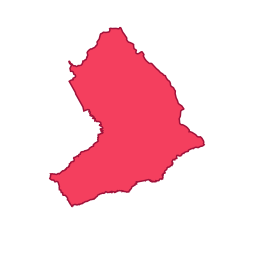 Barrancas, La Guajira, Colombia (Robinson projection), rotated 289°
{"feature_id": "7082276B63363201175642", "entity_name": "Barrancas", "entity_type": "district", "adm_level": 2, "iso_a3": "COL", "parent_name": "Colombia", "parent_adm1": "La Guajira", "projection": "robinson", "projection_center": [-72.754, 10.978], "detail": "fine", "context": "isolated", "style": "filled", "palette": "rose", "viewbox_px": 256, "rotation_deg": 289, "n_neighbors": 0, "source": "geoboundaries", "source_scale": "gbopen_adm2", "svg_char_len": 5760}
<svg xmlns="http://www.w3.org/2000/svg" viewBox="0 0 256 256"><g transform="rotate(289 128 128)"><path d="M154.7,58.6L153.0,57.2L144.4,66.8L143.1,67.5L133.3,78.5L129.7,80.7L131.1,82.3L132.4,84.0L132.5,85.5L132.1,85.8L131.1,85.6L130.6,85.8L130.9,86.5L130.7,87.2L129.2,87.2L128.7,88.4L127.9,88.0L127.5,88.1L127.4,89.9L128.1,90.2L128.0,90.9L127.3,91.3L127.4,92.1L127.0,92.4L126.4,91.7L125.7,91.5L125.6,91.9L126.2,93.5L126.2,93.9L125.8,94.2L124.8,94.0L124.0,94.3L124.6,94.8L123.9,96.0L124.6,98.3L124.4,100.3L123.7,100.6L122.5,101.5L121.8,100.2L121.3,100.2L120.7,103.1L120.0,104.0L119.6,104.2L118.6,103.8L118.6,102.6L118.0,102.2L117.6,103.2L116.7,103.2L115.9,104.0L116.9,104.5L117.1,105.0L116.2,104.9L115.4,105.8L114.4,105.2L113.8,104.0L112.9,103.5L112.8,103.0L112.4,103.0L112.2,102.0L111.1,102.2L109.6,103.1L109.0,102.6L108.0,103.3L107.0,103.2L106.4,103.8L105.7,104.0L103.8,102.6L103.5,102.1L101.8,101.1L100.7,100.7L99.8,101.3L99.6,101.2L98.4,99.7L96.4,98.2L95.3,98.0L94.6,97.6L93.2,96.0L92.4,94.6L91.5,94.0L90.3,91.8L89.8,91.4L88.8,91.2L87.7,91.4L87.1,90.4L86.8,90.2L85.0,90.3L85.2,89.2L83.1,87.6L82.5,86.5L81.8,86.4L80.4,87.6L78.7,87.5L78.4,87.1L78.3,86.4L76.8,85.0L75.8,85.2L75.0,84.3L73.9,84.8L72.9,84.9L72.7,84.4L71.7,84.5L70.5,83.1L69.9,83.1L69.4,82.7L68.9,82.9L68.6,82.3L67.6,82.1L67.4,81.6L66.6,81.2L66.2,80.1L62.2,77.9L62.3,76.8L60.9,75.7L60.5,74.1L60.6,73.5L60.3,73.0L60.1,71.6L59.4,69.8L59.0,70.3L57.9,70.2L56.4,70.6L54.7,70.5L54.0,72.6L54.5,74.9L53.3,76.4L53.4,76.7L54.1,77.6L54.4,78.3L54.0,79.6L50.5,82.1L49.7,82.2L47.3,83.2L47.4,84.6L45.3,85.9L45.6,86.8L45.4,87.4L44.2,87.8L43.3,88.5L43.9,90.7L42.8,92.7L42.0,93.8L40.4,94.1L40.2,95.0L39.8,95.6L39.0,96.1L38.7,96.8L38.0,97.3L37.7,98.0L36.9,98.6L36.4,99.7L35.6,100.4L35.6,100.6L36.3,100.6L36.5,101.2L37.1,101.0L38.3,102.4L38.4,103.2L38.7,103.5L38.6,104.8L39.9,106.4L39.7,106.7L40.0,106.8L40.1,107.2L41.2,108.4L41.3,108.9L41.8,109.5L42.6,109.8L42.6,110.1L43.8,111.0L44.9,112.2L45.1,113.0L48.1,115.9L48.5,117.0L49.0,117.5L49.1,118.1L49.7,118.6L49.8,119.1L50.4,119.1L51.3,120.0L52.2,120.2L53.4,121.1L54.8,121.4L55.4,121.8L55.9,122.7L56.6,123.0L57.5,124.5L58.0,124.9L58.4,126.5L59.2,127.2L60.2,127.5L60.6,127.8L60.3,129.7L60.6,130.0L60.9,131.2L61.6,131.7L61.6,132.3L61.8,132.0L62.6,132.9L62.3,134.0L62.8,134.0L62.8,134.5L63.0,134.8L63.1,135.7L62.8,136.1L63.3,136.6L63.0,136.8L63.9,137.7L64.4,137.9L64.5,138.3L65.3,138.4L65.2,139.0L66.1,140.4L66.3,141.7L66.7,142.4L66.7,142.8L66.1,143.1L66.9,143.7L66.6,144.6L67.1,146.7L67.0,147.8L67.6,148.7L67.8,149.5L68.6,149.5L69.5,150.1L70.2,149.9L71.7,150.8L73.9,150.9L75.0,152.1L75.9,152.6L76.3,153.2L77.5,153.1L77.8,154.3L78.6,153.9L79.1,154.1L79.4,153.4L79.8,153.4L80.5,155.2L83.9,161.1L83.8,161.7L84.5,161.9L86.0,164.4L86.0,164.9L85.5,165.3L85.8,165.8L85.6,165.8L85.4,166.5L85.2,166.4L85.1,166.6L85.3,166.8L85.0,167.5L85.3,167.7L85.2,168.0L85.4,168.0L85.0,168.5L85.7,169.2L85.5,169.7L85.8,170.1L85.8,170.7L86.2,171.5L86.8,171.3L87.2,171.5L86.9,172.0L87.4,172.1L87.5,172.7L88.3,174.3L90.1,174.8L90.8,176.2L90.6,176.6L90.9,176.7L90.8,176.9L91.2,177.3L92.0,176.9L92.4,177.2L93.5,176.5L94.0,176.7L94.8,176.4L94.6,175.8L95.0,175.7L95.5,176.0L95.5,176.4L96.1,176.2L96.7,176.3L97.4,177.6L97.8,177.6L98.5,176.8L99.8,176.9L101.1,178.0L102.4,178.1L102.9,177.9L103.6,178.2L104.1,178.7L104.2,179.2L105.1,180.2L106.0,180.4L106.1,180.7L107.0,181.2L107.0,181.6L107.8,181.4L107.9,181.9L108.6,182.0L109.0,181.9L109.4,181.2L110.0,181.4L110.4,180.5L111.4,180.6L113.0,181.0L113.1,182.6L114.3,182.6L114.9,183.2L114.8,183.5L115.1,184.0L115.5,183.6L116.3,183.6L117.1,183.1L117.9,183.1L118.5,184.2L118.2,185.5L118.9,187.0L119.7,187.1L120.0,187.5L120.7,187.4L121.8,188.2L122.2,188.6L122.2,189.1L123.2,189.4L124.2,190.3L125.5,192.5L126.7,192.4L128.7,194.3L129.7,195.7L129.9,196.7L130.8,197.0L131.9,198.4L132.2,200.3L132.4,200.9L134.0,202.3L135.3,204.4L137.0,205.5L137.7,204.5L139.1,204.3L140.2,203.7L142.3,201.3L143.1,199.7L143.2,199.1L142.6,198.2L142.4,196.4L143.7,194.2L144.7,190.0L144.7,187.6L144.4,187.0L145.9,186.7L147.5,184.2L148.2,182.4L148.8,179.5L148.8,178.1L148.4,177.3L149.0,175.6L149.8,175.1L152.8,173.8L153.1,173.4L156.3,173.6L160.9,172.4L161.6,172.5L162.9,173.3L163.8,174.5L164.3,174.5L166.4,171.6L167.2,168.5L167.9,167.3L169.8,166.0L172.3,163.6L176.0,161.3L178.4,160.7L179.4,159.3L180.6,158.2L181.1,157.1L181.4,155.4L181.8,154.9L182.6,154.1L183.9,153.6L185.3,152.4L185.9,151.4L186.4,149.7L188.1,147.5L189.5,146.4L189.6,146.1L189.6,144.4L190.4,143.3L191.0,140.6L192.4,138.1L193.4,135.4L196.6,129.5L196.6,128.6L196.1,127.6L196.1,126.7L197.5,123.4L198.9,121.3L200.9,119.2L201.5,119.0L202.0,119.2L202.7,119.1L204.4,116.9L204.6,116.4L204.3,115.7L202.1,114.1L201.4,113.2L201.2,112.6L201.3,111.5L201.9,110.9L202.6,110.6L203.9,110.7L204.3,110.5L205.0,107.9L207.3,106.6L208.8,106.1L209.2,104.8L209.5,101.6L209.3,100.5L210.4,98.7L211.3,97.8L212.0,97.8L213.2,97.1L213.7,96.1L215.2,94.3L216.9,91.8L220.3,88.6L220.4,88.2L220.2,87.6L219.0,87.2L218.7,86.7L218.3,84.3L216.9,80.7L216.6,79.1L216.2,78.5L215.8,78.3L215.1,78.9L213.9,79.1L212.6,78.7L211.2,76.1L210.5,73.5L209.2,72.7L208.1,71.5L207.3,71.4L202.8,71.8L199.2,70.7L197.7,71.6L196.4,71.6L195.6,71.0L194.7,70.9L193.0,70.0L192.3,69.1L190.9,68.0L190.6,67.0L190.3,66.7L188.8,65.7L187.2,65.0L186.0,64.8L183.9,66.2L183.0,66.3L182.4,66.1L181.6,66.3L181.5,66.0L179.4,66.2L178.7,65.8L178.5,65.3L177.2,64.6L176.5,63.5L175.3,64.0L174.2,63.7L173.3,63.8L172.3,63.4L171.2,61.8L170.8,60.5L170.1,60.3L169.4,59.4L169.3,58.9L169.6,57.7L169.1,56.5L169.5,55.1L170.1,54.4L170.3,52.9L172.0,51.0L171.7,50.5L171.3,50.6L170.9,51.2L170.0,51.8L169.4,53.4L168.9,54.0L168.3,54.1L165.5,53.7L162.9,55.3L163.4,56.7L163.1,58.0L161.2,59.3L161.2,60.5L160.1,61.6L159.0,61.6L157.0,59.8L155.9,60.4L154.7,58.6Z" fill="#f43f5e" stroke="#9f1239" stroke-width="1.5"/></g></svg>